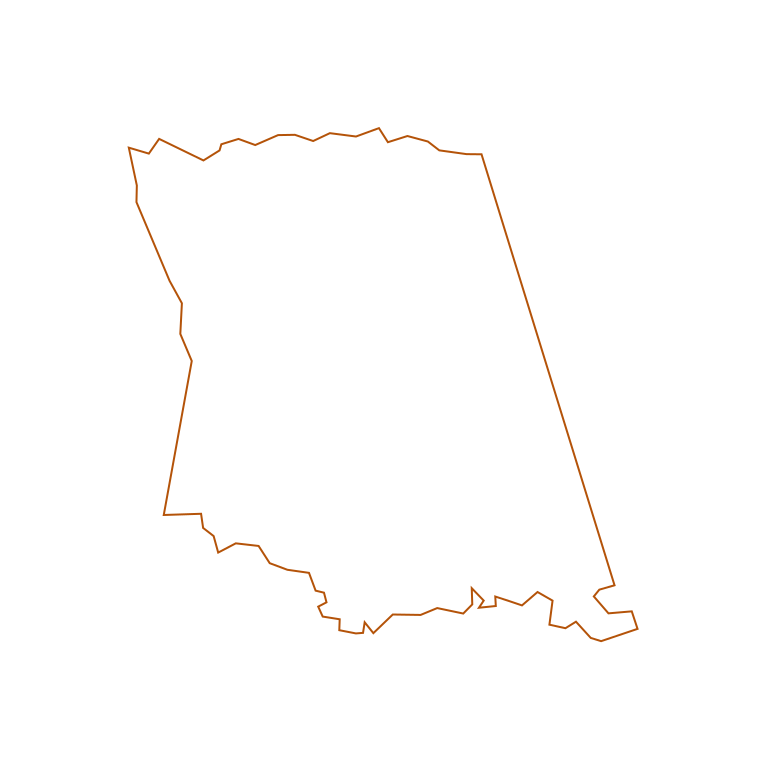 outline of Leon, Texas, United States of America, rotated 101°
{"feature_id": "52423323B32398895201359", "entity_name": "Leon", "entity_type": "district", "adm_level": 2, "iso_a3": "USA", "parent_name": "United States of America", "parent_adm1": "Texas", "projection": "mercator", "projection_center": [-95.92, 31.314], "detail": "fine", "context": "isolated", "style": "outline", "palette": "amber", "viewbox_px": 768, "rotation_deg": 101, "n_neighbors": 0, "source": "geoboundaries", "source_scale": "gbopen_adm2", "svg_char_len": 1052}
<svg xmlns="http://www.w3.org/2000/svg" viewBox="0 0 768 768"><g transform="rotate(101 384 384)"><path d="M142.6,346.8L144.1,374.3L137.6,387.2L136.1,408.3L145.9,426.3L133.8,437.8L146.4,458.7L148.1,485.0L159.0,499.9L156.4,519.0L159.9,535.5L174.0,556.0L171.2,573.6L179.7,589.4L186.1,590.0L199.0,603.9L186.3,651.5L202.7,658.8L200.7,679.6L236.3,664.5L252.7,661.7L323.6,614.2L343.3,597.8L373.7,593.5L398.1,577.1L554.6,575.2L546.3,538.8L559.8,534.1L565.8,522.2L581.1,514.6L568.7,499.1L566.9,476.2L581.7,462.0L584.8,443.4L583.7,421.6L599.9,411.7L600.3,403.1L609.3,398.8L615.1,406.1L624.0,399.8L623.4,382.6L634.2,380.9L634.2,364.0L632.3,357.1L621.6,357.5L630.6,346.9L608.6,331.4L603.7,304.0L593.8,289.0L594.2,262.4L583.5,255.3L567.7,258.9L577.6,244.8L585.5,248.1L580.6,231.9L571.4,234.2L573.3,219.0L575.0,206.3L558.9,193.6L564.5,177.2L588.7,175.7L589.1,159.3L580.7,150.2L593.8,132.6L595.0,121.8L576.0,88.4L559.9,97.4L566.3,119.9L552.5,137.5L544.8,133.4L537.6,119.3L203.9,297.9L139.9,332.1L142.6,346.8Z" fill="none" stroke="#b45309" stroke-width="2"/></g></svg>